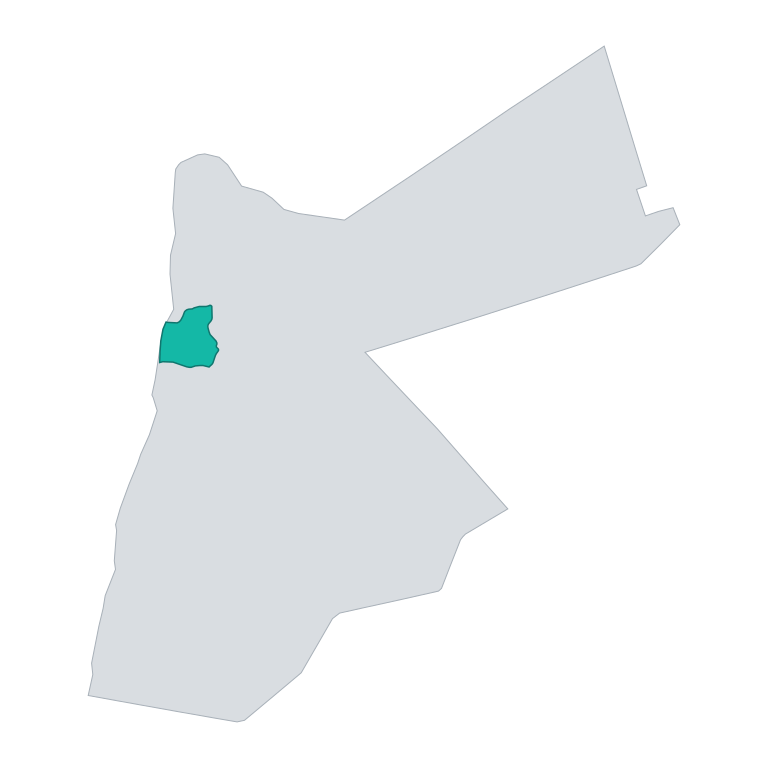 Jordan, with Madaba highlighted
{"feature_id": "JOR-858", "entity_name": "Madaba", "entity_type": "Province", "adm_level": 1, "iso_a3": "JOR", "parent_name": "Jordan", "parent_adm1": "", "projection": "orthographic", "projection_center": [35.711, 31.597], "detail": "fine", "context": "in_parent", "style": "filled", "palette": "teal", "viewbox_px": 768, "rotation_deg": 0, "n_neighbors": 0, "source": "natural_earth", "source_scale": "10m", "svg_char_len": 2034}
<svg xmlns="http://www.w3.org/2000/svg" viewBox="0 0 768 768"><path d="M204.8,153.9L219.2,157.3L227.6,164.8L241.6,186.1L263.2,192.2L272.0,198.2L283.9,209.4L298.5,213.5L344.5,220.1L380.8,195.9L411.4,175.5L446.1,152.1L469.6,136.2L509.6,108.9L535.9,91.6L570.3,68.7L604.2,46.1L614.9,81.3L625.3,115.6L636.1,151.2L646.7,185.8L636.5,189.4L645.4,215.9L658.6,211.4L673.1,207.7L679.8,224.7L660.4,244.5L640.9,263.8L636.2,266.0L610.3,274.5L557.1,291.8L521.5,303.2L475.7,317.8L437.7,329.7L400.0,341.5L365.0,352.3L385.3,373.9L416.5,406.9L437.3,428.8L462.1,457.1L484.2,482.3L507.8,508.9L491.8,518.4L465.4,534.1L462.7,536.9L460.5,539.8L449.8,567.0L441.5,588.4L438.5,591.1L401.2,599.5L363.4,607.8L339.6,613.1L332.5,618.6L317.1,645.3L301.2,672.8L274.3,695.4L244.5,720.3L237.1,721.9L215.4,718.2L178.3,711.7L142.5,705.3L118.0,700.9L88.2,695.5L92.8,674.6L91.6,663.2L98.9,626.1L103.1,608.5L105.2,595.6L115.5,569.4L114.3,560.8L116.6,530.5L115.6,524.6L120.3,508.2L129.1,484.2L137.6,463.6L140.7,454.3L149.4,434.8L157.2,410.8L153.2,397.6L151.9,395.0L155.1,379.9L158.9,355.2L160.9,341.9L165.6,324.2L173.7,309.3L170.0,274.1L170.5,255.2L175.6,233.6L172.9,208.3L175.3,172.4L175.8,169.0L178.7,164.7L181.0,162.4L197.6,154.9L204.8,153.9Z" fill="#d9dde1" stroke="#a8b0b8" stroke-width="1"/><path d="M159.7,362.5L160.0,353.2L159.9,353.1L160.0,353.2L160.0,352.7L160.8,340.9L163.0,329.2L166.0,322.1L167.7,322.4L177.1,322.9L179.0,322.0L180.7,320.3L182.9,316.2L184.5,311.9L185.4,310.8L187.0,309.7L188.7,309.2L192.3,308.9L194.1,307.9L199.2,306.5L206.1,306.5L208.2,306.0L209.9,305.3L210.8,305.4L211.8,306.3L212.1,317.9L211.8,319.4L211.0,320.9L208.7,323.7L208.0,325.0L207.8,326.4L208.0,327.9L209.1,332.0L210.1,334.6L216.0,341.0L216.9,343.0L216.8,344.5L216.3,345.7L216.4,347.0L217.2,347.9L218.3,349.0L218.6,350.0L218.2,351.0L216.3,353.7L215.4,355.5L213.0,362.7L212.4,363.8L211.4,364.9L210.6,365.5L209.1,367.0L203.0,365.5L200.1,365.5L195.4,365.9L191.2,367.3L189.3,367.3L186.7,366.8L173.0,362.1L162.7,361.7L159.7,362.5Z" fill="#14b8a6" stroke="#0f766e" stroke-width="1.5"/></svg>